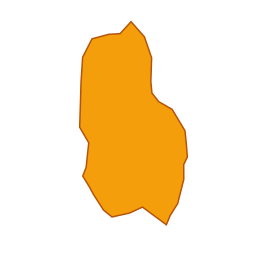 Mifi, Ouest, Cameroon, rotated 257°
{"feature_id": "32672807B3469332008383", "entity_name": "Mifi", "entity_type": "district", "adm_level": 2, "iso_a3": "CMR", "parent_name": "Cameroon", "parent_adm1": "Ouest", "projection": "orthographic", "projection_center": [10.435, 5.537], "detail": "fine", "context": "isolated", "style": "filled", "palette": "amber", "viewbox_px": 256, "rotation_deg": 257, "n_neighbors": 0, "source": "geoboundaries", "source_scale": "gbopen_adm2", "svg_char_len": 539}
<svg xmlns="http://www.w3.org/2000/svg" viewBox="0 0 256 256"><g transform="rotate(257 128 128)"><path d="M25.1,143.6L33.1,149.3L43.2,159.4L65.4,170.8L79.9,174.1L86.4,179.3L97.6,181.0L112.5,182.9L136.2,175.2L146.8,163.8L156.7,159.2L168.1,160.7L191.0,166.8L213.1,164.5L230.9,154.9L221.7,141.5L223.6,130.3L223.0,113.0L207.1,99.7L183.4,92.6L180.0,91.7L160.1,86.5L139.6,81.1L122.4,86.4L99.2,78.4L91.3,73.1L79.4,77.1L70.1,79.7L53.5,85.7L44.9,92.4L44.8,110.5L47.7,124.3L25.1,143.6Z" fill="#f59e0b" stroke="#b45309" stroke-width="1.5"/></g></svg>